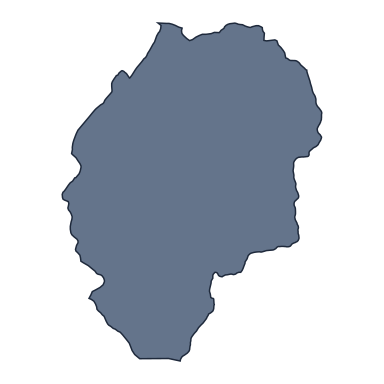 Hiley, Geylegphug, Bhutan
{"feature_id": "84629894B8166759987677", "entity_name": "Hiley", "entity_type": "district", "adm_level": 2, "iso_a3": "BTN", "parent_name": "Bhutan", "parent_adm1": "Geylegphug", "projection": "mercator", "projection_center": [90.268, 26.934], "detail": "fine", "context": "isolated", "style": "filled", "palette": "slate", "viewbox_px": 384, "rotation_deg": 0, "n_neighbors": 0, "source": "geoboundaries", "source_scale": "gbopen_adm2", "svg_char_len": 5916}
<svg xmlns="http://www.w3.org/2000/svg" viewBox="0 0 384 384"><path d="M63.0,192.2L62.2,194.4L62.3,195.3L62.5,197.5L63.0,199.1L64.2,199.9L65.3,200.4L66.4,200.8L68.3,201.6L68.8,203.6L68.5,205.3L67.9,208.0L68.5,209.9L70.0,211.7L71.1,213.7L72.2,216.8L71.9,219.3L71.1,222.0L70.3,226.3L70.3,229.3L70.9,232.9L71.9,234.8L74.0,236.8L76.9,239.1L78.0,240.8L78.0,242.8L76.6,245.3L75.5,249.3L75.9,251.0L77.8,252.8L79.9,255.2L80.5,257.9L80.9,261.2L83.4,262.8L88.3,265.6L91.4,268.2L95.0,271.1L96.6,273.4L98.0,274.2L100.6,274.8L102.0,275.7L103.6,277.9L104.4,280.2L104.4,281.8L103.1,284.8L100.1,287.4L95.8,289.8L92.3,291.6L90.9,294.9L89.0,298.4L91.3,299.4L93.9,301.2L95.5,303.9L96.6,306.7L97.0,309.3L98.5,311.0L100.6,312.7L102.3,314.8L104.1,316.3L106.2,321.2L107.7,324.0L108.8,325.2L110.8,326.4L113.2,328.4L115.3,329.2L117.9,331.2L120.2,332.2L122.6,334.8L126.5,339.6L129.3,343.2L130.7,346.8L132.1,350.5L134.7,354.5L139.7,358.7L168.6,358.5L180.2,361.0L180.5,359.4L181.0,358.4L182.0,356.8L183.1,355.9L184.6,355.0L187.3,353.1L189.0,351.2L189.6,349.7L189.9,346.8L190.1,345.8L190.4,345.0L190.4,342.5L190.8,340.9L190.9,338.9L191.3,337.7L192.0,336.5L194.2,333.5L196.5,331.0L198.5,327.7L201.1,324.9L203.0,323.1L206.4,318.6L207.2,316.8L208.1,315.4L208.6,314.0L209.8,313.4L211.3,312.4L212.8,311.1L213.3,310.0L213.7,308.8L213.9,305.7L214.3,304.5L214.0,303.6L213.7,299.0L213.1,298.4L212.0,298.2L210.8,297.5L210.3,294.1L209.5,291.5L209.5,290.5L209.6,289.5L209.9,288.0L210.8,284.3L211.1,282.9L211.1,282.1L211.2,281.1L211.9,279.7L212.8,278.3L212.8,275.6L213.0,274.9L213.3,274.2L214.8,272.4L215.5,272.3L216.7,272.6L217.5,273.3L218.6,275.5L219.8,276.3L221.0,276.6L222.1,276.8L223.1,276.1L225.5,274.9L227.2,274.8L230.5,274.1L231.8,274.1L233.3,274.6L234.5,274.4L235.7,274.0L236.9,273.0L238.8,272.3L240.7,272.3L241.3,271.6L242.3,270.1L243.2,268.1L244.2,265.3L244.6,264.4L245.0,263.3L245.1,261.9L247.0,259.0L247.3,258.2L247.9,256.4L248.2,255.6L248.8,254.9L249.5,254.3L250.2,253.6L251.3,253.1L252.2,252.9L253.9,252.4L255.7,252.1L257.5,251.9L260.2,251.8L260.9,252.1L262.4,251.8L266.4,250.6L269.4,250.3L273.0,250.0L274.1,249.6L275.8,248.6L276.8,247.4L277.8,246.7L278.7,246.5L279.6,246.6L281.4,246.4L283.2,246.4L284.1,246.5L285.0,246.5L286.8,246.8L287.7,246.8L288.6,246.7L289.5,246.5L290.3,246.1L290.9,245.5L291.4,244.7L292.0,244.0L292.8,243.5L293.6,243.1L295.3,242.5L296.1,242.0L296.9,241.7L297.6,241.1L298.2,240.4L298.5,239.6L298.9,238.8L299.0,237.9L298.8,236.0L298.7,235.1L298.1,233.4L298.1,231.6L298.0,230.7L297.9,229.7L298.4,228.0L298.4,227.1L298.2,226.2L297.9,225.3L297.3,224.6L297.0,223.1L295.7,220.6L295.3,219.8L295.1,218.9L294.9,218.0L294.7,217.1L294.9,216.2L295.4,214.5L295.5,213.6L295.5,211.7L295.4,209.0L295.3,208.1L295.0,207.2L294.6,206.4L294.2,205.6L294.1,204.7L294.0,203.8L294.2,202.9L294.4,202.0L294.9,201.2L295.6,200.6L296.9,199.3L297.6,198.7L298.2,198.1L298.6,197.2L298.7,196.3L298.6,195.4L297.8,192.8L297.4,192.0L296.5,190.4L296.0,188.7L295.7,187.8L295.6,186.9L295.6,186.0L295.9,184.2L295.8,183.3L295.5,182.4L294.5,179.9L293.9,178.1L293.8,177.2L293.9,175.4L293.8,174.5L293.1,170.9L293.2,169.7L293.5,167.9L293.7,166.1L293.7,165.2L293.6,163.4L293.7,162.4L294.1,161.6L294.5,160.8L295.6,159.4L296.2,158.7L297.0,158.1L297.7,157.7L298.6,157.3L299.5,157.2L302.2,156.9L303.1,157.0L306.7,156.6L307.6,156.5L308.4,156.1L308.9,155.3L309.1,154.4L309.0,153.5L309.0,152.6L309.3,151.7L309.8,151.0L310.5,150.4L312.6,148.6L313.2,148.0L314.0,147.5L315.7,146.7L316.4,146.2L317.1,145.6L317.8,145.0L318.3,144.3L319.1,142.6L320.6,140.3L320.9,139.5L321.5,137.7L321.5,137.0L320.9,136.0L320.1,134.7L318.8,133.5L318.2,132.8L317.8,132.0L317.5,131.1L317.3,130.2L317.2,129.3L317.3,128.4L317.7,127.5L318.9,125.1L319.5,124.4L319.8,123.5L320.3,122.8L320.6,121.9L320.8,121.0L321.2,120.2L321.4,119.3L321.4,118.4L321.5,117.6L321.5,116.6L321.5,114.8L321.6,113.9L321.8,113.0L321.6,112.1L321.3,111.3L319.7,109.0L319.2,108.3L317.9,106.9L317.4,106.2L316.9,105.4L316.5,104.6L316.2,103.8L316.0,102.9L315.9,102.0L315.9,99.2L315.7,98.3L315.2,96.6L314.8,95.7L313.4,93.4L313.0,92.5L312.4,90.8L311.6,87.2L310.5,83.7L310.3,82.9L310.1,82.0L309.9,81.1L307.6,74.1L307.1,72.4L306.9,71.5L306.8,70.1L306.0,69.8L305.3,69.2L304.8,68.5L300.7,64.9L299.5,63.2L298.6,62.3L296.7,61.0L295.3,60.6L292.1,60.5L290.8,60.5L289.9,60.3L288.9,59.7L287.6,58.6L285.7,57.9L284.7,52.9L283.3,50.6L280.9,47.5L278.3,45.0L276.9,40.8L274.9,39.9L266.6,40.9L263.9,40.4L264.1,36.6L264.4,33.2L263.0,31.4L262.4,29.3L262.3,27.6L261.4,27.0L258.6,25.7L256.1,25.7L252.2,26.7L250.6,27.4L249.7,27.4L247.3,26.8L245.1,26.0L242.5,24.7L240.1,24.5L238.2,24.2L236.8,23.6L234.9,23.1L232.5,23.4L229.9,23.7L227.9,24.3L226.1,25.3L224.6,26.8L223.9,28.4L221.1,30.3L219.3,32.6L214.3,32.4L211.3,33.6L206.0,34.3L202.3,34.3L199.3,35.5L196.0,37.1L192.5,39.6L189.6,40.6L186.8,38.6L183.4,35.4L181.9,33.4L181.5,30.7L182.1,28.1L178.7,27.1L175.3,25.4L172.2,24.2L169.0,23.4L166.1,23.4L158.0,23.0L161.0,25.4L160.7,28.6L159.6,31.6L158.5,32.7L156.7,35.9L154.5,42.1L153.1,44.1L152.7,44.8L150.5,48.8L149.6,50.4L147.6,53.5L146.8,55.6L145.6,57.5L143.9,58.8L141.8,61.7L137.1,67.3L135.5,69.5L132.1,74.9L130.5,77.1L130.1,77.7L129.4,78.0L128.8,77.0L127.6,75.3L126.7,73.9L125.9,73.1L125.0,72.5L124.4,71.9L123.7,71.3L122.8,70.9L122.0,70.7L121.2,71.1L119.1,72.9L117.8,75.1L116.3,75.6L115.8,76.5L114.2,78.7L113.2,80.3L112.3,81.8L112.0,82.7L111.7,83.6L111.7,84.5L111.7,86.3L112.0,90.0L112.0,90.9L111.9,91.8L110.7,93.3L106.5,98.1L105.2,99.7L104.7,100.5L104.0,102.2L103.5,103.0L102.9,103.6L101.3,104.5L100.5,105.0L96.3,108.5L95.6,109.2L95.0,109.8L92.6,112.6L88.6,117.5L78.6,129.4L78.0,130.1L77.6,130.9L76.4,133.4L75.4,135.9L73.8,140.2L73.0,142.9L72.8,143.8L72.3,147.3L72.4,149.6L71.6,153.6L72.5,154.6L76.0,157.7L78.2,161.1L79.9,163.5L81.0,165.9L81.0,167.5L80.2,171.1L79.1,173.8L75.9,177.6L74.7,177.9L73.7,179.5L72.7,181.0L72.0,181.6L70.5,182.6L69.9,183.2L68.3,185.3L65.8,189.0L64.7,190.5L63.7,191.7L63.0,192.2Z" fill="#64748b" stroke="#1e293b" stroke-width="1.5"/></svg>